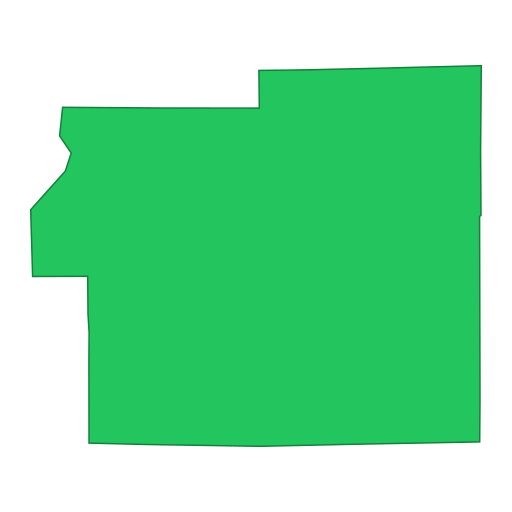 the district of Morgan, Indiana, United States of America
{"feature_id": "52423323B18184838722904", "entity_name": "Morgan", "entity_type": "district", "adm_level": 2, "iso_a3": "USA", "parent_name": "United States of America", "parent_adm1": "Indiana", "projection": "natural_earth1", "projection_center": [-86.497, 39.486], "detail": "fine", "context": "isolated", "style": "filled", "palette": "green", "viewbox_px": 512, "rotation_deg": 0, "n_neighbors": 0, "source": "geoboundaries", "source_scale": "gbopen_adm2", "svg_char_len": 461}
<svg xmlns="http://www.w3.org/2000/svg" viewBox="0 0 512 512"><path d="M32.6,276.5L87.7,276.3L88.0,313.8L89.1,332.5L88.9,358.7L89.0,435.1L89.0,443.1L147.3,444.5L260.3,446.3L346.1,444.4L479.7,441.9L480.0,399.2L479.6,216.4L481.0,215.4L480.6,150.4L481.3,65.7L402.6,67.6L392.7,67.9L308.4,69.8L288.6,70.1L258.9,70.4L259.3,108.1L162.3,108.0L62.6,107.3L59.6,135.9L71.2,153.0L65.4,171.0L30.7,209.7L32.6,276.5Z" fill="#22c55e" stroke="#15803d" stroke-width="1.5"/></svg>